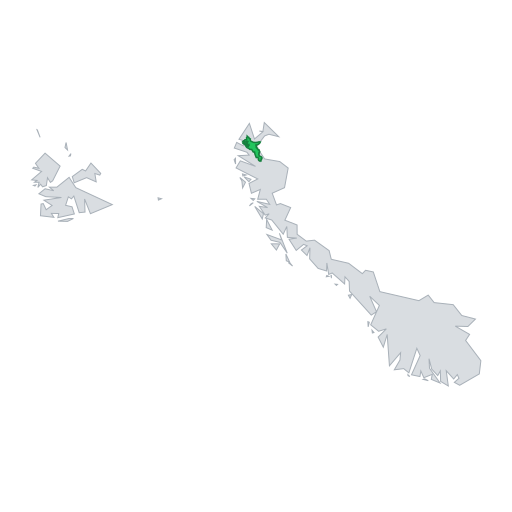 Deatnu sme 1, Finnmark, Norway shown in context, rotated 269°
{"feature_id": "86288312B77332611217314", "entity_name": "Deatnu sme 1", "entity_type": "district", "adm_level": 2, "iso_a3": "NOR", "parent_name": "Norway", "parent_adm1": "Finnmark", "projection": "orthographic", "projection_center": [27.521, 70.269], "detail": "fine", "context": "in_parent", "style": "filled", "palette": "green", "viewbox_px": 512, "rotation_deg": 269, "n_neighbors": 0, "source": "geoboundaries", "source_scale": "gbopen_adm2", "svg_char_len": 7204}
<svg xmlns="http://www.w3.org/2000/svg" viewBox="0 0 512 512"><g transform="rotate(269 256 256)"><path d="M318.5,273.3L306.7,277.4L308.0,281.3L303.8,291.5L291.3,285.5L286.3,297.6L277.0,297.5L270.0,306.5L270.8,314.8L260.1,329.2L251.4,331.2L247.1,348.5L236.5,362.0L239.8,365.3L238.0,373.0L218.2,379.2L208.5,418.1L213.9,427.5L206.3,433.3L203.9,452.3L192.9,460.7L189.1,474.3L181.8,466.6L182.4,454.0L173.9,468.2L167.9,464.1L147.4,479.0L134.2,477.2L123.2,457.4L126.2,452.1L130.2,456.8L133.9,455.2L129.6,451.5L138.0,444.2L122.7,446.0L127.4,438.4L137.9,438.3L133.3,435.6L139.9,429.7L150.3,427.2L140.8,427.5L125.8,437.8L129.6,429.1L134.6,430.2L131.4,421.7L138.2,418.8L132.6,417.8L134.5,409.4L153.6,418.4L160.9,415.2L136.5,406.8L140.8,401.7L139.8,392.3L149.4,398.1L156.8,398.9L143.9,387.5L175.3,385.8L162.6,381.7L172.8,376.7L180.9,385.1L178.6,377.3L185.2,369.5L204.4,378.5L213.8,369.0L198.2,375.5L194.9,370.2L219.3,348.9L228.9,348.7L233.6,344.6L226.5,344.1L237.7,331.9L236.3,328.4L247.8,326.7L239.8,326.3L242.5,317.9L252.2,309.6L263.3,310.1L255.6,307.0L261.2,301.5L265.3,307.3L266.8,303.8L260.9,296.3L272.2,289.3L273.2,297.1L274.1,287.7L285.0,287.3L277.3,283.6L291.7,272.4L293.9,265.9L298.0,269.9L296.7,265.9L305.6,260.2L304.2,268.4L310.6,257.8L307.4,270.6L312.6,267.3L312.7,258.7L322.5,261.5L318.8,252.5L328.7,250.3L333.0,259.1L344.4,237.6L351.4,242.0L345.6,257.1L356.6,240.0L357.0,250.9L359.9,248.7L364.3,236.2L369.9,238.7L366.4,245.1L369.1,245.3L368.6,254.4L373.0,241.0L388.7,251.7L373.0,256.5L380.0,265.0L389.3,266.6L374.9,280.8L377.5,271.0L375.9,266.7L365.4,258.4L352.9,266.3L350.0,281.4L343.4,289.7L323.8,285.7L318.5,273.3ZM322.0,40.0L326.9,46.3L324.8,54.9L328.4,50.7L328.3,58.1L337.9,70.5L327.5,77.0L309.9,113.2L301.2,91.2L316.0,85.6L302.9,85.8L302.4,80.0L319.1,74.9L316.4,72.5L318.4,69.4L310.0,66.5L308.4,72.9L301.2,75.1L297.8,58.5L301.9,59.5L302.2,52.1L298.2,54.6L300.0,41.2L311.7,42.0L312.1,44.2L305.9,47.0L310.1,53.0L315.5,44.9L317.9,62.5L319.0,46.8L322.0,40.0ZM336.0,33.0L344.3,43.1L347.6,34.3L348.7,35.4L347.5,40.4L352.5,37.1L362.5,46.9L349.3,61.7L334.7,54.0L333.2,51.7L337.9,48.9L330.1,47.6L328.9,43.8L331.5,41.9L328.4,39.1L333.5,40.4L333.6,35.8L335.4,38.3L336.0,33.0ZM338.6,73.7L345.7,83.8L344.0,87.1L351.8,92.6L341.3,102.2L339.6,101.2L341.3,96.3L332.9,97.5L337.3,88.0L332.4,75.5L338.6,73.7ZM271.6,281.9L278.3,279.8L258.3,287.3L269.2,280.2L271.5,271.3L277.3,267.3L271.6,281.9ZM284.2,266.7L292.3,267.3L281.6,272.6L284.2,266.7ZM292.9,262.9L305.6,255.6L298.2,264.2L292.9,262.9ZM294.3,58.6L296.7,69.6L296.7,74.1L293.9,68.2L294.3,58.6ZM267.9,271.5L267.7,279.9L261.6,276.5L267.9,271.5ZM334.8,241.2L330.0,246.8L324.3,243.8L331.3,243.2L334.8,241.2ZM335.3,245.5L332.8,252.3L330.4,250.2L335.3,245.5ZM250.7,286.2L257.5,285.9L249.4,289.5L250.7,286.2ZM385.9,39.6L378.4,42.2L386.1,39.2L385.9,39.6ZM367.8,66.9L372.8,68.1L365.3,69.4L367.8,66.9ZM348.3,237.2L352.7,235.8L354.1,237.2L348.3,237.2ZM338.3,243.9L337.2,247.6L336.2,244.3L338.3,243.9ZM313.7,252.0L313.2,255.7L311.6,254.2L313.7,252.0ZM315.9,159.1L314.9,162.5L313.6,159.4L315.9,159.1ZM361.6,72.7L359.3,72.2L359.1,70.8L361.6,72.7ZM215.2,347.7L215.8,351.0L212.1,349.3L215.2,347.7ZM306.2,250.3L308.3,252.0L309.3,254.2L306.2,250.3ZM330.5,34.8L331.0,37.3L329.8,36.2L330.5,34.8ZM187.8,368.1L183.2,366.9L188.4,366.7L187.8,368.1ZM179.8,370.7L177.4,372.6L177.0,371.0L179.8,370.7ZM248.1,290.1L245.3,292.4L248.8,288.2L248.1,290.1ZM130.2,422.5L128.3,426.1L129.7,421.0L130.2,422.5ZM234.4,328.5L234.0,325.9L235.3,326.4L234.4,328.5ZM380.9,261.5L380.5,264.5L380.3,264.0L380.9,261.5ZM235.0,331.1L232.5,331.0L235.7,330.6L235.0,331.1ZM226.5,334.6L226.2,337.0L225.2,335.9L226.5,334.6ZM134.7,405.8L132.8,407.7L133.7,405.9L134.7,405.8Z" fill="#d9dde1" stroke="#a8b0b8" stroke-width="1"/><path d="M376.0,249.3L375.9,249.3L375.3,249.3L374.5,248.6L372.9,248.8L372.4,247.6L372.4,247.0L371.5,246.2L371.4,245.6L371.1,245.3L370.8,245.0L370.8,245.3L370.8,245.5L370.7,245.8L370.6,246.1L370.6,246.3L370.6,246.5L370.6,246.8L370.4,246.9L370.3,247.0L370.2,247.3L370.2,247.5L370.1,247.8L370.0,248.0L370.3,248.2L370.4,248.4L370.5,248.5L370.8,248.8L371.0,248.7L371.1,248.8L370.9,249.1L370.8,249.4L370.8,249.5L370.7,249.5L370.9,249.8L370.8,250.0L370.6,250.0L370.6,249.9L370.4,249.7L370.5,249.4L370.5,249.2L370.4,249.0L370.3,248.7L370.5,248.7L370.4,248.7L370.5,248.7L370.4,248.7L370.3,249.0L370.2,249.1L369.9,249.2L369.8,249.4L369.6,249.3L369.7,249.2L369.8,249.0L369.9,248.9L369.8,248.7L369.7,248.6L369.5,248.8L369.4,248.9L369.3,248.7L369.2,248.7L369.0,248.8L369.0,248.7L368.9,248.8L369.0,248.8L368.9,248.9L368.8,249.1L368.7,249.2L368.4,249.2L368.4,249.3L368.2,249.4L368.1,249.5L367.9,249.7L367.9,249.8L367.7,250.0L367.6,250.3L367.6,250.5L367.5,250.4L367.5,250.2L367.8,249.6L368.1,249.2L368.3,249.2L368.5,249.1L368.6,248.9L368.6,248.7L368.4,248.7L367.9,249.0L367.7,249.0L367.4,249.2L367.3,249.3L367.2,249.4L367.1,249.2L366.9,249.2L366.9,249.3L367.0,249.3L366.9,249.3L366.7,249.7L366.6,249.9L366.7,249.5L366.8,249.3L366.9,249.2L367.0,249.1L367.2,248.9L367.0,249.0L366.9,249.0L366.7,249.2L366.4,249.4L366.2,249.9L366.3,249.9L366.3,250.4L366.2,250.3L366.2,250.2L365.9,250.2L366.0,250.0L366.0,249.9L366.0,249.7L366.1,249.4L365.9,249.4L365.9,249.2L366.0,249.2L366.3,249.0L366.4,248.9L366.5,248.8L366.4,248.8L366.5,248.7L366.8,248.4L367.0,248.3L367.2,248.2L367.7,247.8L368.0,247.6L368.3,247.3L368.4,247.1L368.5,247.0L368.6,246.9L368.8,246.7L369.0,246.4L368.9,246.3L369.1,246.0L369.1,245.9L369.2,245.7L369.3,245.0L369.3,244.7L369.2,244.4L369.2,244.2L368.9,245.4L368.1,246.0L366.6,247.7L366.2,247.7L365.6,248.0L364.9,248.5L364.5,249.0L364.3,249.3L363.6,250.8L363.1,251.2L362.8,251.6L362.7,251.8L362.7,252.3L362.6,252.6L362.6,253.5L360.0,255.1L360.0,256.4L358.0,256.7L355.1,257.7L354.8,257.8L354.4,258.0L354.5,259.7L353.4,260.2L352.9,260.0L352.2,260.1L351.9,260.2L351.3,260.7L351.1,261.0L350.7,261.7L351.2,262.0L351.1,262.6L351.6,262.5L352.1,263.0L352.3,263.0L353.0,262.9L353.2,263.6L353.7,263.6L354.4,263.6L354.5,263.4L354.8,263.3L354.9,263.2L355.0,263.1L355.2,262.9L355.3,262.8L355.3,262.7L355.4,262.4L355.5,262.3L355.5,262.2L355.5,261.8L355.7,261.7L355.8,261.5L355.9,261.4L355.9,261.2L356.0,261.0L356.1,260.9L356.6,260.9L357.1,260.6L357.4,260.5L357.5,260.5L357.7,260.8L357.8,260.9L358.1,260.7L358.3,260.6L358.8,260.6L358.8,260.8L358.8,261.0L359.0,261.2L359.3,261.1L359.6,261.1L359.8,261.2L359.9,261.4L360.0,261.5L360.3,261.5L360.6,261.5L360.8,261.3L360.9,261.2L361.0,261.2L361.5,261.0L361.6,260.9L361.9,260.8L362.1,260.8L362.1,260.7L362.0,260.4L361.9,260.3L361.9,260.2L362.0,260.1L362.3,260.0L362.5,260.0L362.6,259.9L362.8,259.7L362.9,259.4L363.1,259.4L363.7,259.3L363.8,259.3L363.8,259.2L363.9,258.9L364.0,258.5L364.1,258.4L364.3,258.3L364.4,258.2L364.7,258.1L364.8,258.1L365.0,258.1L365.2,258.3L365.3,258.4L365.6,258.3L365.7,258.2L365.8,258.1L366.0,258.1L366.3,257.9L366.6,257.9L366.9,257.8L367.0,257.8L367.1,258.6L367.2,259.5L367.4,259.9L368.5,261.5L369.9,262.3L370.1,261.1L369.7,259.6L369.5,257.8L369.6,256.2L369.6,255.7L369.9,254.9L371.2,252.4L372.5,252.3L373.1,252.4L373.2,252.0L373.4,251.9L373.6,251.6L373.9,251.4L374.0,251.1L374.2,250.9L374.3,250.9L374.8,250.8L375.0,250.5L375.1,250.1L375.2,249.9L375.5,249.6L375.8,249.5L376.0,249.3Z" fill="#22c55e" stroke="#15803d" stroke-width="1.5"/></g></svg>